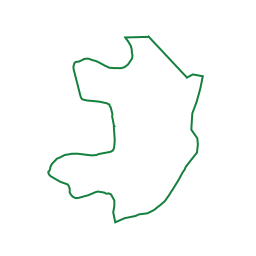 the district of Wuli East, Upper River, Gambia, rotated 111°
{"feature_id": "56634734B89687119950058", "entity_name": "Wuli East", "entity_type": "district", "adm_level": 2, "iso_a3": "GMB", "parent_name": "Gambia", "parent_adm1": "Upper River", "projection": "albers", "projection_center": [-13.986, 13.484], "detail": "fine", "context": "isolated", "style": "outline", "palette": "green", "viewbox_px": 256, "rotation_deg": 111, "n_neighbors": 0, "source": "geoboundaries", "source_scale": "gbopen_adm2", "svg_char_len": 2334}
<svg xmlns="http://www.w3.org/2000/svg" viewBox="0 0 256 256"><g transform="rotate(111 128 128)"><path d="M44.6,163.0L45.5,161.5L46.6,159.6L47.4,158.6L48.5,157.0L48.9,156.7L50.5,154.6L53.5,152.6L56.8,151.1L58.0,150.1L59.2,149.7L61.3,149.1L62.8,149.4L66.4,150.2L66.9,150.3L67.9,150.5L69.2,151.0L70.1,151.6L70.3,151.8L72.0,152.7L73.2,153.9L73.6,154.6L74.5,155.7L75.3,157.6L76.1,160.1L77.0,162.2L78.5,167.4L78.2,169.6L78.1,172.1L77.9,173.1L77.5,176.4L77.2,178.7L77.0,181.0L77.0,181.5L77.0,182.4L77.3,184.6L77.4,187.2L77.4,189.2L77.8,190.7L78.3,191.8L79.2,193.7L79.6,193.8L82.3,196.4L83.7,197.8L84.9,200.2L85.4,200.6L86.3,201.2L89.4,201.1L91.4,200.5L93.2,199.4L115.1,183.9L116.6,182.6L117.6,181.1L117.5,179.7L117.1,176.6L116.5,174.3L116.4,173.9L115.5,171.0L115.3,170.1L113.8,164.7L112.5,156.8L112.8,153.8L113.9,153.0L115.2,151.3L120.7,147.5L122.8,147.0L131.1,141.8L131.2,141.6L131.4,141.9L144.4,135.9L151.4,133.9L153.3,133.9L154.2,134.1L154.6,134.2L156.5,135.8L158.1,138.3L159.0,139.8L159.9,141.3L162.9,146.2L164.6,147.8L166.7,152.4L167.2,154.6L167.3,154.8L168.8,160.9L169.9,165.1L170.1,166.0L170.9,168.0L172.2,171.2L173.6,173.5L175.8,177.3L180.2,181.3L182.5,183.7L183.1,183.7L188.8,186.2L192.3,186.5L194.0,186.0L196.4,186.1L197.5,186.7L199.2,185.7L200.5,183.7L200.9,181.8L202.5,172.0L202.3,164.1L202.6,163.7L203.4,162.4L205.7,160.6L209.2,159.3L210.8,157.2L211.9,155.1L212.2,152.6L212.2,151.7L210.9,149.0L206.5,143.1L205.1,141.1L202.2,138.1L199.8,135.6L199.6,135.4L198.1,133.3L197.9,132.2L197.8,131.8L196.8,127.0L197.1,125.2L197.0,124.8L196.8,123.9L196.0,122.7L196.0,120.3L196.4,119.7L200.3,115.1L200.5,114.8L206.1,112.7L212.0,111.6L220.6,106.1L213.4,98.8L207.4,89.4L204.7,86.8L204.6,86.6L200.7,79.3L196.0,75.0L195.3,74.4L193.4,73.2L193.1,73.1L190.1,71.3L189.4,70.8L183.1,67.4L176.4,65.7L170.8,64.6L170.1,64.4L157.5,62.0L151.7,61.3L151.1,61.3L146.8,60.3L146.2,60.2L145.6,60.2L143.3,60.1L133.2,57.0L132.4,56.7L132.0,56.6L126.2,54.8L118.2,56.9L112.7,59.7L106.9,68.3L106.6,68.4L106.2,68.5L99.6,70.6L91.3,73.2L79.4,73.3L78.8,73.3L76.3,73.6L72.5,73.9L67.6,74.4L64.1,74.8L53.1,76.7L52.9,76.7L54.7,86.4L54.8,86.7L59.9,91.1L59.3,91.9L57.7,95.4L50.1,111.0L42.8,126.0L41.0,129.8L40.5,130.8L40.1,131.7L39.6,132.7L35.4,141.3L35.5,141.3L36.9,144.7L38.5,148.7L38.6,148.8L44.5,163.1L44.6,163.0Z" fill="none" stroke="#15803d" stroke-width="2"/></g></svg>